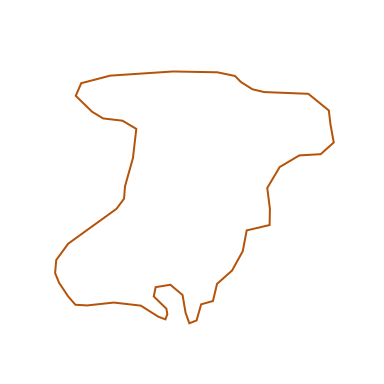 the Province of Alborz, rotated 350°
{"feature_id": "IRN-5490", "entity_name": "Alborz", "entity_type": "Province", "adm_level": 1, "iso_a3": "IRN", "parent_name": "Iran", "parent_adm1": "", "projection": "albers", "projection_center": [50.738, 35.945], "detail": "fine", "context": "isolated", "style": "outline", "palette": "amber", "viewbox_px": 384, "rotation_deg": 350, "n_neighbors": 0, "source": "natural_earth", "source_scale": "10m", "svg_char_len": 797}
<svg xmlns="http://www.w3.org/2000/svg" viewBox="0 0 384 384"><g transform="rotate(350 192 192)"><path d="M166.6,320.8L164.7,309.9L164.8,291.8L154.6,279.6L139.7,279.4L136.2,288.2L146.5,302.5L146.5,308.0L143.7,312.8L137.1,308.9L121.8,295.0L95.8,287.3L69.0,285.5L57.6,282.8L51.9,273.3L45.3,258.2L43.1,248.1L46.5,235.4L61.1,221.4L114.8,195.4L123.9,186.8L127.0,174.8L139.7,148.4L148.1,120.2L135.9,109.7L117.2,104.1L107.6,95.7L94.2,77.1L101.8,65.6L131.7,63.2L194.2,70.0L237.7,78.5L254.5,85.2L259.2,92.1L269.3,101.3L280.4,106.1L323.6,115.5L340.9,135.5L340.1,149.3L340.2,167.8L325.3,177.1L304.0,174.6L282.7,182.6L266.8,201.1L265.8,222.1L262.7,238.0L239.2,239.3L231.7,259.1L217.8,276.3L200.7,286.8L193.7,303.0L181.5,304.2L174.2,319.3L166.6,320.8Z" fill="none" stroke="#b45309" stroke-width="2"/></g></svg>